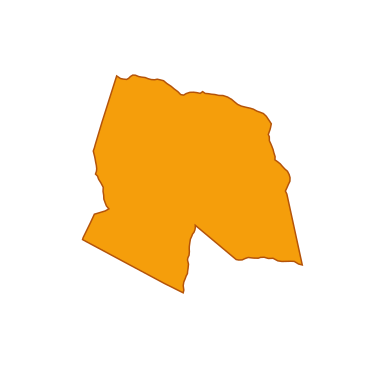 Cardoso Moreira, Rio de Janeiro, Brazil, rotated 309°
{"feature_id": "56859067B73985712158320", "entity_name": "Cardoso Moreira", "entity_type": "district", "adm_level": 2, "iso_a3": "BRA", "parent_name": "Brazil", "parent_adm1": "Rio de Janeiro", "projection": "equal_earth", "projection_center": [-41.484, -21.537], "detail": "fine", "context": "isolated", "style": "filled", "palette": "amber", "viewbox_px": 384, "rotation_deg": 309, "n_neighbors": 0, "source": "geoboundaries", "source_scale": "gbopen_adm2", "svg_char_len": 1929}
<svg xmlns="http://www.w3.org/2000/svg" viewBox="0 0 384 384"><g transform="rotate(309 192 192)"><path d="M161.7,89.5L159.8,92.0L158.3,94.0L156.3,96.4L154.7,98.2L152.4,101.0L150.1,103.3L148.0,104.7L145.2,105.7L144.9,108.6L143.2,111.3L141.7,115.6L139.8,120.0L136.5,122.5L133.8,125.5L131.0,128.0L128.7,131.8L127.3,134.3L126.6,138.0L122.7,136.5L119.9,134.6L113.3,130.1L104.2,132.4L88.1,136.1L86.1,136.9L92.5,170.3L96.4,190.8L102.9,224.7L103.5,227.9L108.1,248.6L110.6,247.4L113.7,244.1L116.8,242.3L120.2,241.3L123.1,240.3L125.7,239.8L127.6,238.5L130.0,237.1L133.7,234.7L136.3,231.3L138.2,230.2L141.0,229.5L144.0,227.5L146.1,225.6L148.1,224.1L151.4,222.1L154.4,220.4L157.2,219.7L159.7,218.9L161.9,218.9L164.4,218.1L166.4,217.0L168.2,215.5L167.3,268.8L168.6,271.2L170.8,273.7L174.0,275.3L176.5,276.9L179.3,281.3L182.3,285.2L184.3,286.4L186.7,289.1L188.4,293.2L191.5,296.7L192.5,302.0L194.6,305.6L200.4,312.4L202.4,315.1L203.1,320.2L204.7,323.6L250.1,267.0L251.5,264.0L254.7,263.2L258.3,262.2L262.0,261.3L264.8,259.2L266.7,256.5L268.2,253.1L268.3,249.6L268.8,246.1L269.4,242.9L269.4,239.7L269.2,236.2L271.8,234.3L274.1,230.8L276.0,228.3L277.7,225.4L279.0,223.0L280.5,219.9L283.6,217.3L284.7,215.1L287.2,214.2L289.5,213.4L291.5,212.5L294.9,210.7L295.9,207.7L296.7,205.0L297.6,202.1L297.9,198.1L296.8,194.6L295.7,191.5L295.0,187.6L293.8,184.6L292.3,181.6L291.2,179.3L289.8,176.3L288.8,172.4L288.8,168.5L288.9,164.8L288.2,159.9L286.5,155.4L283.9,152.0L282.2,148.5L280.2,145.5L278.7,142.8L276.9,140.2L276.7,137.1L273.8,136.3L272.2,133.1L270.5,130.4L268.1,127.6L264.8,125.5L262.0,124.5L260.6,121.9L261.1,117.8L260.9,113.4L261.0,109.3L260.5,104.2L260.6,99.9L259.3,97.0L257.8,94.0L255.7,92.3L253.7,89.5L252.4,86.5L251.5,83.6L249.6,80.6L248.2,78.0L247.2,74.6L245.6,72.4L243.1,71.5L240.4,71.2L238.4,70.4L236.6,67.7L235.2,65.0L234.8,60.4L189.4,78.2L167.7,87.1L165.0,88.3L161.7,89.5Z" fill="#f59e0b" stroke="#b45309" stroke-width="1.5"/></g></svg>